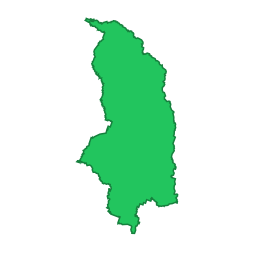 Inverell, New South Wales, Australia (Mercator projection), rotated 11°
{"feature_id": "25037944B83825062814696", "entity_name": "Inverell", "entity_type": "district", "adm_level": 2, "iso_a3": "AUS", "parent_name": "Australia", "parent_adm1": "New South Wales", "projection": "mercator", "projection_center": [150.906, -29.438], "detail": "fine", "context": "isolated", "style": "filled", "palette": "green", "viewbox_px": 256, "rotation_deg": 11, "n_neighbors": 0, "source": "geoboundaries", "source_scale": "gbopen_adm2", "svg_char_len": 5763}
<svg xmlns="http://www.w3.org/2000/svg" viewBox="0 0 256 256"><g transform="rotate(11 128 128)"><path d="M190.5,192.3L190.5,190.7L189.6,190.5L190.0,189.3L188.4,187.5L189.6,185.2L189.2,184.5L189.4,184.0L188.7,183.5L186.6,184.2L185.8,184.0L186.2,181.0L184.8,178.8L184.5,177.1L184.5,175.5L185.1,174.2L184.0,171.7L184.2,168.8L180.6,168.3L180.7,167.8L179.5,167.6L179.7,166.3L181.6,165.6L181.9,163.4L181.1,162.7L180.5,160.9L181.0,159.2L182.4,159.4L182.6,158.0L182.1,157.9L182.3,157.2L181.8,157.1L181.9,156.5L181.2,156.1L181.2,154.7L178.5,153.3L178.5,151.8L178.0,151.7L177.8,150.5L176.9,150.4L177.1,149.2L176.2,148.8L176.2,145.4L177.7,141.5L177.0,139.9L177.4,139.0L176.6,137.8L176.9,137.0L175.1,134.7L176.2,128.0L174.2,127.0L174.5,125.3L174.0,122.1L174.6,121.2L174.1,120.3L174.5,120.1L174.7,118.5L173.8,116.7L174.1,115.8L173.5,114.2L172.5,114.3L172.6,113.9L171.7,113.0L171.9,112.3L171.4,111.8L170.9,108.6L169.2,104.9L170.0,104.3L169.9,103.4L167.4,102.1L165.4,99.1L165.4,96.7L164.8,95.4L164.1,95.4L164.1,94.0L163.2,93.8L161.0,94.6L159.2,93.0L158.4,92.9L157.8,90.5L158.7,89.4L156.9,86.3L155.7,86.3L154.4,84.4L154.0,81.6L155.1,80.2L155.7,78.3L155.2,77.9L155.2,76.5L154.1,76.4L153.6,75.7L154.9,74.1L155.0,72.7L154.1,70.2L154.7,69.4L153.6,68.4L153.8,67.7L154.6,67.4L154.7,66.6L154.7,65.3L153.9,63.9L150.3,62.1L149.5,59.7L148.9,60.2L147.3,59.7L146.4,58.9L146.4,58.1L145.6,57.1L143.8,56.4L142.6,56.6L141.3,54.7L138.0,54.0L137.3,52.8L136.2,52.8L135.4,51.8L135.0,52.0L134.9,51.1L132.6,50.8L131.4,51.6L131.3,52.1L129.2,52.7L129.3,52.1L128.5,52.2L127.7,51.3L128.2,50.8L127.4,49.7L127.5,48.8L128.1,48.4L128.0,46.2L126.0,45.6L126.2,44.1L125.4,43.0L126.6,42.6L126.3,40.9L124.5,39.0L121.1,37.9L120.1,37.8L119.3,38.5L118.1,38.4L117.4,37.4L116.5,37.7L116.5,37.0L115.8,36.6L115.6,34.4L115.0,33.6L114.0,33.6L113.1,32.3L111.7,32.3L111.2,33.1L110.7,33.2L110.0,32.3L109.4,33.0L108.9,32.0L108.2,32.2L106.6,30.4L103.2,29.5L103.2,28.4L101.6,27.9L100.7,28.2L99.2,26.8L98.0,26.7L97.5,25.9L96.1,26.2L95.7,25.4L93.2,25.5L92.7,26.3L91.1,26.8L91.1,27.7L89.1,27.9L87.9,28.9L87.0,27.5L83.5,29.3L82.5,30.8L81.7,29.8L81.1,29.8L80.9,30.4L78.9,30.1L78.9,29.3L76.8,28.2L74.5,29.0L73.7,27.8L73.1,28.4L73.8,29.2L73.5,30.1L71.6,30.2L70.6,29.4L72.0,28.9L71.9,28.3L70.5,28.0L69.3,29.0L66.2,28.4L66.2,29.4L65.5,30.5L69.1,31.7L70.0,31.1L70.3,32.1L71.2,32.9L71.1,33.7L72.1,34.7L72.6,33.8L73.8,34.9L76.2,34.5L77.0,35.4L78.8,35.9L79.4,36.5L79.4,37.3L79.7,37.0L80.5,37.7L82.5,37.4L83.3,38.5L84.6,38.8L86.0,38.1L85.9,38.8L87.0,39.0L86.1,44.2L86.9,45.6L85.6,46.7L85.2,47.8L83.9,48.2L83.7,49.8L83.2,49.7L82.7,50.5L83.2,52.2L82.8,52.2L80.2,57.5L80.0,59.7L81.0,61.4L80.6,62.3L82.3,64.5L81.5,65.6L81.2,68.6L80.4,69.8L80.8,70.5L80.2,71.8L81.1,73.3L81.9,73.1L82.3,73.6L81.8,74.9L82.6,74.8L82.4,75.2L83.0,76.1L82.7,76.6L84.4,77.6L84.3,78.3L85.0,79.1L86.4,79.2L86.1,80.1L86.7,80.0L86.5,81.3L87.9,82.0L88.6,81.0L88.7,82.2L89.5,83.1L90.1,82.5L90.5,82.9L90.4,84.5L90.9,83.9L91.5,84.4L92.5,84.1L92.3,85.0L92.9,85.6L92.8,86.7L93.7,87.1L93.5,87.8L94.4,88.4L94.3,88.8L95.5,89.0L94.9,89.9L95.8,91.0L95.0,92.8L95.8,94.0L95.5,96.1L96.4,96.1L96.1,98.0L97.1,98.4L96.6,99.7L97.0,100.1L96.4,103.1L95.5,105.2L96.4,105.3L96.0,106.2L97.1,106.1L96.6,107.0L97.2,107.6L97.1,108.1L98.2,108.7L97.8,109.8L98.7,110.2L98.4,111.0L99.3,111.1L99.5,112.0L100.7,111.8L101.3,112.8L101.4,113.2L100.7,113.5L101.1,114.1L101.7,113.9L101.7,114.5L101.0,114.7L101.4,114.7L101.2,115.2L102.2,116.4L102.4,117.5L103.1,117.9L103.7,119.2L103.1,120.0L103.8,120.9L103.4,121.6L104.5,122.3L104.2,124.3L106.7,124.7L106.9,123.8L109.9,124.3L109.8,124.7L111.2,125.0L110.4,130.3L108.2,130.0L107.8,132.5L108.5,132.6L108.3,133.8L107.6,133.7L107.4,137.2L101.6,139.4L96.7,143.0L95.5,144.4L95.1,143.9L94.9,144.6L93.7,144.4L92.8,151.0L93.2,151.1L92.9,152.9L91.3,153.9L91.0,154.5L91.3,155.7L89.9,156.6L89.7,157.5L88.3,158.6L89.0,159.3L88.9,161.3L89.4,161.6L88.6,161.9L88.8,162.6L88.0,162.8L88.5,164.3L87.7,164.9L88.1,165.4L87.3,167.4L87.4,168.3L86.6,168.9L86.7,169.5L85.4,169.7L85.8,170.1L85.4,170.6L84.6,170.3L84.2,170.9L86.9,171.2L87.0,170.4L87.7,169.8L88.2,170.0L88.5,171.0L89.1,170.0L90.4,170.6L91.5,170.3L92.4,171.1L93.4,170.3L95.0,172.7L97.5,171.6L99.3,172.5L101.0,174.5L100.9,175.9L102.3,178.1L104.1,177.7L105.7,178.5L107.5,178.5L108.1,180.1L108.8,180.5L108.7,181.1L110.1,181.8L109.6,183.4L110.5,183.6L110.4,184.3L111.6,184.8L111.5,185.2L113.0,185.8L113.4,187.0L114.8,187.4L115.6,186.7L117.5,187.3L119.5,186.4L119.9,187.0L121.3,186.9L121.3,188.3L122.3,188.8L123.1,190.7L122.6,192.9L121.4,191.3L120.8,191.5L121.4,193.9L120.9,194.6L121.0,196.0L122.1,196.5L121.9,197.9L120.9,198.0L120.7,198.8L121.8,201.2L122.6,200.7L123.6,201.2L123.6,201.9L122.7,203.4L123.3,206.3L122.6,207.0L123.4,209.0L122.4,210.3L123.5,210.7L124.3,210.1L125.0,210.9L125.2,211.6L124.3,213.5L126.0,214.5L126.0,213.6L126.6,213.5L127.2,214.7L126.9,215.2L127.9,215.4L127.8,215.8L135.9,217.2L136.0,216.6L137.1,216.8L136.2,222.9L136.4,223.9L137.7,223.0L138.3,223.6L139.6,223.1L140.8,223.9L146.0,222.6L149.6,223.3L150.5,224.2L150.2,227.1L151.0,228.9L151.6,229.1L151.9,230.6L154.5,230.2L155.0,226.9L154.3,224.5L154.4,222.8L155.4,222.5L156.2,219.7L157.1,219.8L157.3,218.4L155.7,218.1L156.0,215.3L155.6,214.1L154.6,214.0L153.6,212.4L152.7,212.2L152.6,213.3L152.0,213.2L152.1,212.3L151.7,212.4L151.5,211.8L152.3,211.0L152.8,208.5L152.1,208.4L152.6,206.0L151.7,205.9L152.1,203.3L153.6,203.9L154.2,200.2L157.3,200.6L157.6,198.2L159.5,198.5L160.0,194.8L164.3,195.4L164.7,193.2L164.0,193.1L164.6,191.9L165.6,192.5L165.5,193.2L167.6,193.8L167.6,194.3L170.0,195.2L170.0,195.6L170.8,195.9L170.4,196.7L170.8,198.1L172.6,198.4L173.4,199.2L173.9,198.5L175.7,198.5L177.5,197.6L178.4,198.0L178.6,197.3L181.6,196.4L182.6,195.6L182.9,194.7L185.8,193.8L188.6,192.0L190.5,192.3Z" fill="#22c55e" stroke="#15803d" stroke-width="1.5"/></g></svg>